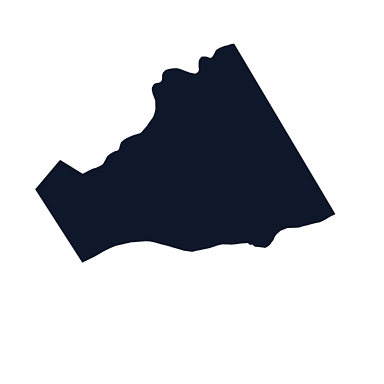 outline of Parc Estate, Choiseul, Saint Lucia, rotated 229°
{"feature_id": "8701671B86679693622237", "entity_name": "Parc Estate", "entity_type": "district", "adm_level": 2, "iso_a3": "LCA", "parent_name": "Saint Lucia", "parent_adm1": "Choiseul", "projection": "orthographic", "projection_center": [-61.017, 13.797], "detail": "fine", "context": "isolated", "style": "filled", "palette": "ink", "viewbox_px": 384, "rotation_deg": 229, "n_neighbors": 0, "source": "geoboundaries", "source_scale": "gbopen_adm2", "svg_char_len": 4153}
<svg xmlns="http://www.w3.org/2000/svg" viewBox="0 0 384 384"><g transform="rotate(229 192 192)"><path d="M82.1,285.1L275.9,320.3L277.4,318.1L277.8,317.0L278.5,315.1L280.0,312.5L280.9,310.1L281.8,307.7L282.5,304.4L282.3,302.5L281.7,301.3L281.2,300.2L280.4,297.8L280.1,296.8L279.9,294.9L280.6,293.1L283.2,291.7L284.7,290.7L287.1,287.8L286.5,284.7L285.1,282.7L283.9,281.7L282.8,280.7L281.8,279.8L280.0,278.6L279.3,278.1L278.3,276.7L277.9,275.4L278.0,273.2L278.6,271.5L280.6,270.0L282.7,268.3L287.1,265.8L291.2,263.7L294.6,261.5L297.0,258.7L299.1,255.3L300.4,252.6L300.6,251.2L300.4,248.7L299.3,246.7L297.9,245.4L297.0,244.6L295.7,243.3L295.0,241.8L295.0,240.0L295.5,238.4L296.6,236.7L297.5,235.0L297.5,233.4L296.5,230.8L295.7,229.9L294.8,229.2L292.0,227.6L284.7,224.9L281.4,222.1L278.0,219.3L275.7,216.2L274.8,214.6L274.0,213.4L273.0,210.8L272.7,209.1L271.6,204.5L270.8,201.8L270.0,196.3L269.5,193.0L269.7,191.0L270.5,189.4L271.9,186.3L272.5,185.0L273.2,183.1L273.9,180.9L274.6,178.6L275.0,176.8L275.3,175.0L275.3,173.8L275.3,171.2L273.5,168.1L272.2,166.4L271.3,164.4L271.2,163.9L271.7,162.1L272.7,160.2L273.1,158.7L273.8,154.6L273.9,152.2L273.0,149.2L272.8,149.0L271.1,144.4L270.7,142.2L271.2,139.8L271.7,137.9L272.5,135.2L274.0,132.1L274.7,129.7L275.2,127.6L275.6,125.9L276.1,123.8L276.5,122.1L276.6,120.9L301.9,113.0L301.8,111.9L296.3,76.5L296.3,76.1L211.2,63.7L211.1,64.4L210.6,65.9L210.2,67.5L210.0,68.5L209.7,69.5L208.8,73.0L208.4,74.3L208.1,75.5L207.8,76.7L207.6,77.6L207.4,78.4L207.4,78.8L206.0,86.0L205.9,86.5L205.7,87.2L204.3,92.8L204.2,93.1L204.0,93.6L203.6,95.0L203.2,96.3L202.8,97.3L202.3,98.9L201.7,100.1L201.1,101.3L200.7,102.1L200.0,103.3L199.4,104.4L198.7,105.7L198.3,106.6L197.8,107.5L197.1,108.8L196.4,110.1L195.4,111.9L194.8,113.2L192.5,116.2L192.3,116.5L191.8,117.2L191.1,118.2L190.1,119.5L189.2,120.6L188.5,121.7L187.6,122.9L186.5,124.4L186.2,124.7L185.8,125.3L184.7,126.4L183.9,127.3L183.0,128.2L182.1,128.9L180.7,130.0L179.3,131.1L172.8,135.3L171.0,136.6L169.8,137.5L168.1,138.6L166.4,139.8L165.5,140.3L163.4,141.6L157.2,145.7L156.2,146.3L155.3,146.8L154.1,147.6L153.4,148.1L152.0,149.3L150.9,150.3L147.4,153.3L147.1,153.8L146.7,154.6L146.3,155.4L145.7,156.6L144.6,158.6L144.0,159.5L143.6,160.2L143.0,161.3L142.3,162.6L141.8,163.5L140.3,166.1L138.8,168.8L135.8,176.0L135.1,177.6L134.8,178.1L134.4,178.9L134.1,179.4L133.6,180.2L133.2,180.8L133.0,181.3L132.9,181.5L132.5,181.9L131.9,182.5L131.2,183.2L130.9,183.6L130.4,184.1L130.0,184.6L129.3,185.4L128.9,185.9L128.2,186.5L127.6,186.9L127.4,187.2L127.0,187.7L126.5,188.4L126.4,188.5L126.2,188.8L126.0,189.0L125.6,189.7L124.9,190.6L124.4,191.4L124.2,191.7L121.4,195.9L121.1,196.3L120.5,197.1L120.0,198.0L119.8,198.2L119.0,199.0L118.8,199.3L118.4,199.7L118.1,200.4L118.0,200.7L117.8,201.0L117.4,201.4L117.1,201.5L116.6,201.5L115.3,201.6L115.0,201.6L114.7,201.7L114.4,201.8L114.0,202.6L113.5,203.4L113.3,203.5L112.7,203.9L112.4,203.9L112.2,204.0L111.5,204.0L111.2,204.0L110.4,204.1L109.8,204.4L109.4,204.7L108.6,205.5L107.9,206.1L107.4,206.7L106.4,207.6L105.7,208.2L105.0,208.8L104.7,209.1L104.5,209.3L103.1,210.5L102.9,210.6L102.7,210.7L102.5,211.0L102.4,211.3L102.2,212.1L102.0,212.6L102.0,212.9L101.9,213.8L101.8,215.4L101.8,216.1L102.1,217.7L102.5,218.7L102.6,219.2L102.7,220.1L103.0,221.4L103.3,222.0L103.4,222.4L103.7,222.8L104.4,224.4L104.7,225.1L105.0,226.0L105.0,226.4L105.3,227.6L105.4,228.6L105.4,229.0L105.4,230.9L105.4,231.6L105.4,232.4L105.4,233.4L105.1,234.4L104.9,235.1L104.6,236.0L104.3,236.6L103.5,239.1L103.3,239.9L102.8,240.7L102.3,241.6L101.5,242.5L100.6,243.6L100.3,244.0L99.7,244.6L99.5,244.9L99.3,245.2L98.3,246.4L97.4,247.6L96.6,248.5L96.4,248.7L96.0,249.4L95.9,249.6L95.6,250.1L95.4,250.4L95.0,251.3L94.4,252.7L93.9,253.8L93.4,254.9L92.7,256.0L90.6,260.2L90.5,260.6L90.3,261.0L89.4,262.7L88.6,264.2L88.2,265.2L87.4,266.5L87.2,266.8L86.7,267.7L86.4,268.3L86.2,268.5L86.0,269.2L85.9,269.4L85.8,269.7L85.5,270.6L85.1,272.1L84.7,273.7L84.3,275.4L84.1,276.4L84.0,277.6L83.8,278.5L83.7,279.2L83.6,279.8L83.5,280.1L83.2,281.4L83.0,282.0L82.9,282.3L82.8,282.7L82.6,283.3L82.4,284.1L82.2,284.6L82.1,285.1Z" fill="#0f172a" stroke="#020617" stroke-width="1.5"/></g></svg>